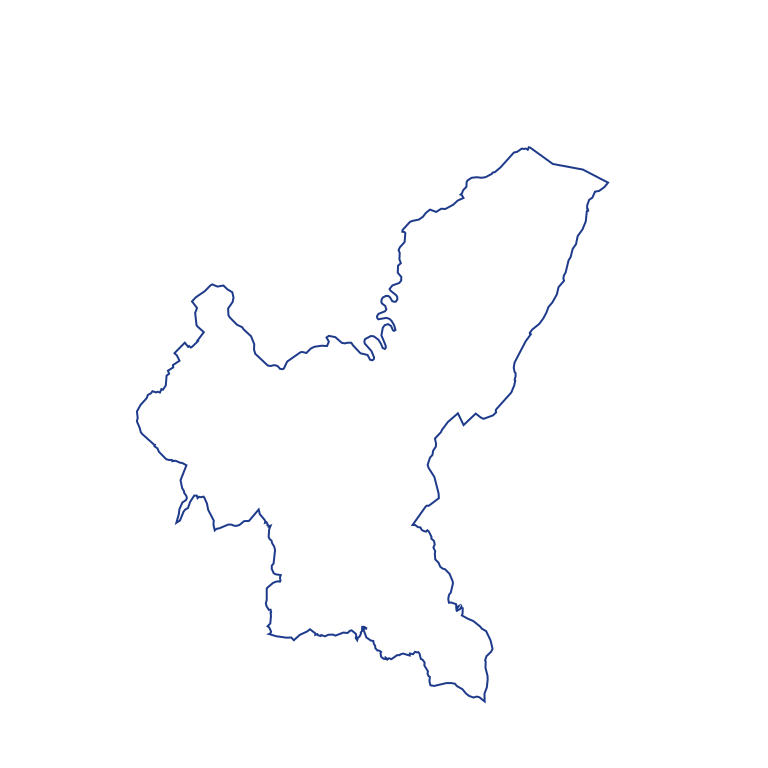 the district of Baraolt, Covasna, Romania, rotated 113°
{"feature_id": "2599482B42421662365067", "entity_name": "Baraolt", "entity_type": "district", "adm_level": 2, "iso_a3": "ROU", "parent_name": "Romania", "parent_adm1": "Covasna", "projection": "equal_earth", "projection_center": [25.601, 46.06], "detail": "fine", "context": "isolated", "style": "outline", "palette": "blue", "viewbox_px": 768, "rotation_deg": 113, "n_neighbors": 0, "source": "geoboundaries", "source_scale": "gbopen_adm2", "svg_char_len": 6166}
<svg xmlns="http://www.w3.org/2000/svg" viewBox="0 0 768 768"><g transform="rotate(113 384 384)"><path d="M592.9,520.9L589.4,518.5L579.8,518.6L577.2,517.9L574.8,516.0L568.3,516.4L560.9,515.1L559.9,512.7L561.9,511.0L560.1,510.1L559.8,508.4L558.2,506.1L558.8,505.0L563.3,500.2L568.5,496.7L576.3,487.3L580.0,486.1L584.9,482.6L582.8,481.6L581.0,479.0L574.2,472.4L573.0,469.3L573.1,466.9L572.3,464.5L570.3,462.0L564.9,459.2L562.8,454.8L548.5,450.3L552.3,447.5L555.8,440.7L556.9,439.5L558.2,439.3L557.1,438.2L558.2,436.7L559.6,436.1L559.4,435.1L560.4,434.5L558.8,433.0L562.7,432.9L569.9,430.4L571.3,428.8L572.2,426.3L574.3,424.7L576.5,421.6L579.4,419.4L592.4,415.5L595.0,416.3L597.9,415.2L601.2,411.7L601.5,409.3L600.2,404.4L602.7,404.2L605.6,402.4L606.7,402.6L606.9,404.2L608.1,406.1L610.4,408.4L617.5,412.0L618.4,411.9L628.5,407.6L632.2,407.0L634.6,405.1L636.9,401.7L636.1,400.2L638.3,398.7L638.7,399.1L641.7,397.4L648.9,395.1L652.5,396.5L652.9,394.6L656.0,391.2L657.9,391.1L659.1,392.2L658.3,384.7L655.7,374.9L653.6,370.3L655.1,366.9L647.7,363.4L641.9,358.1L638.7,356.3L640.4,349.7L641.8,349.2L640.3,347.5L641.0,346.5L640.8,343.9L639.6,343.7L639.3,339.7L636.6,337.3L634.6,333.0L634.6,330.4L628.7,324.3L627.4,320.2L624.6,319.0L623.4,317.6L625.0,312.3L627.0,310.9L628.7,310.9L630.3,308.6L627.8,308.9L625.9,307.8L622.7,307.7L621.8,308.3L620.0,307.7L616.1,309.2L615.3,307.5L615.6,304.9L616.3,304.9L616.7,306.6L617.8,307.2L624.2,301.2L625.3,295.8L624.7,293.5L627.2,291.8L628.4,289.9L630.6,288.7L631.9,285.8L631.3,284.8L631.7,282.0L633.5,281.9L636.3,279.9L637.1,276.9L636.6,275.2L635.2,275.7L635.5,274.1L636.3,273.3L634.5,272.2L634.4,269.7L628.4,265.9L627.5,263.6L626.6,263.4L624.7,261.2L623.9,254.2L622.0,254.9L621.4,251.7L618.4,250.8L618.3,249.1L617.4,247.6L618.2,246.1L622.7,242.6L622.7,240.8L624.5,237.8L627.3,236.9L631.3,231.3L633.5,230.8L635.3,229.1L635.7,227.4L640.1,225.9L643.2,223.5L642.3,219.8L634.9,209.7L633.0,205.3L632.2,201.5L633.6,198.8L634.3,192.6L636.9,187.5L637.9,183.7L637.6,179.0L635.5,176.5L635.1,173.8L636.9,167.3L629.9,170.5L623.1,170.8L615.5,173.1L612.0,174.8L605.6,179.7L599.6,182.0L598.8,183.0L594.5,183.3L588.6,180.8L585.4,180.6L578.4,185.7L571.6,193.4L571.0,198.3L569.7,200.7L567.3,209.1L567.3,215.0L566.6,221.9L564.5,222.0L559.7,223.9L559.9,224.8L558.7,225.7L561.5,226.1L564.3,228.3L563.5,229.2L559.3,228.5L561.4,230.2L558.5,231.6L558.9,236.9L560.0,238.7L557.3,240.6L554.7,241.4L552.2,241.7L550.0,241.0L540.7,242.6L538.8,243.7L533.2,249.4L530.7,255.3L531.0,257.7L530.3,260.7L527.1,264.1L525.5,268.2L520.2,271.0L518.1,271.4L515.2,274.6L511.9,274.6L509.0,276.6L507.8,280.0L506.1,280.6L502.3,285.1L501.7,286.9L503.5,287.7L503.8,290.2L503.5,292.4L501.8,294.4L502.5,296.8L501.6,300.2L502.6,302.6L480.8,297.8L479.3,297.1L478.6,295.2L467.7,288.9L463.4,291.0L449.9,301.3L444.0,309.9L441.5,312.2L433.8,312.9L430.5,311.7L426.1,312.7L421.3,311.8L418.4,312.9L414.3,315.8L406.2,312.8L403.5,312.7L393.9,310.3L382.1,304.5L390.7,294.7L375.4,288.0L377.0,281.9L377.2,278.8L370.3,271.4L366.3,269.7L364.5,270.9L363.1,270.7L342.1,263.5L334.3,263.6L329.6,264.5L329.2,265.4L325.8,265.8L322.6,267.1L321.9,268.5L318.4,270.9L313.3,272.2L289.3,270.3L280.9,268.3L281.0,269.1L280.0,269.8L275.9,268.8L268.1,264.6L261.5,263.0L255.0,262.4L248.9,262.7L243.2,260.9L233.9,259.9L226.7,261.2L218.6,258.6L217.0,260.0L213.9,260.8L210.4,260.4L198.1,262.4L194.1,261.8L186.1,263.1L180.2,261.9L172.2,263.5L164.2,261.7L155.5,261.8L146.1,264.7L145.3,264.8L144.8,263.8L143.5,264.5L143.1,265.6L140.1,266.8L134.3,267.1L131.0,265.0L124.5,264.9L122.2,261.4L116.7,258.1L111.1,256.4L108.9,284.7L115.5,314.6L109.3,341.7L109.5,343.2L112.2,343.2L111.8,345.3L113.1,347.3L113.4,349.1L118.2,352.1L120.2,354.9L139.1,361.4L145.6,364.7L146.9,366.6L148.4,366.8L154.0,371.4L156.1,374.9L157.4,379.4L160.0,384.0L164.1,386.7L165.9,386.8L170.3,385.2L174.8,386.9L177.8,386.7L179.7,387.5L179.7,386.2L181.7,383.5L186.3,387.8L191.9,390.3L198.9,395.9L200.3,399.8L205.2,403.2L205.5,409.8L210.1,412.3L214.8,413.5L219.0,416.1L223.1,422.0L224.8,423.5L235.0,427.1L236.7,426.6L236.1,424.7L236.8,423.3L245.3,420.5L251.9,422.8L255.0,422.9L257.3,420.7L263.1,418.6L266.2,415.7L269.6,417.3L276.2,414.8L278.7,409.9L282.1,408.6L285.0,409.4L290.0,414.8L294.4,416.0L295.5,414.6L297.6,407.2L298.9,405.7L300.9,404.8L303.4,405.2L304.3,406.5L304.5,408.8L301.9,412.3L301.3,414.5L302.2,416.7L304.9,418.9L307.3,419.2L309.9,418.3L310.8,416.9L311.7,413.3L314.5,411.0L316.7,411.5L321.6,416.5L324.4,416.9L325.8,416.1L326.7,414.6L322.2,407.6L321.9,404.5L322.9,401.8L325.9,397.7L329.7,394.6L331.1,395.4L331.1,396.7L327.9,400.1L327.3,403.6L329.5,406.3L332.7,407.1L340.2,405.4L348.0,397.5L349.9,396.5L351.4,396.9L351.4,399.2L348.1,402.6L345.4,406.5L344.1,412.0L345.0,414.9L350.1,419.0L352.3,418.8L354.3,417.5L358.6,408.4L363.4,403.5L365.3,403.1L366.8,404.1L367.1,406.3L363.7,410.5L364.9,417.7L360.7,427.3L358.8,430.3L360.2,433.6L361.9,435.9L362.6,438.9L359.9,447.1L361.2,453.5L363.6,455.1L366.6,451.3L371.3,451.3L373.1,456.3L376.9,462.6L379.9,465.2L385.8,467.6L386.4,471.6L387.4,473.3L401.2,481.9L408.5,482.2L409.9,482.9L410.7,485.6L409.2,488.5L409.1,490.6L409.7,492.7L411.8,495.5L412.4,498.2L406.5,514.3L403.1,517.1L398.1,519.0L392.0,525.0L388.4,535.0L387.1,536.7L386.9,542.5L383.0,551.9L381.4,554.1L375.4,557.0L367.7,555.4L363.2,556.3L358.8,559.5L358.1,565.0L356.1,570.3L359.4,575.4L359.4,580.9L360.9,582.2L368.5,585.2L377.7,591.1L383.0,593.0L387.1,585.8L392.4,585.6L403.0,579.6L403.9,578.3L406.7,570.1L417.1,572.7L417.2,572.0L424.6,575.1L425.9,576.1L425.2,578.3L426.3,578.8L423.8,583.5L437.5,588.9L438.7,585.7L442.5,581.3L449.1,585.7L451.1,584.5L456.2,588.1L458.5,585.8L461.3,587.4L470.6,584.3L475.7,585.3L475.6,586.9L479.4,586.9L479.6,589.3L480.8,590.6L481.1,594.3L483.8,595.0L486.3,597.1L489.7,596.9L498.2,599.9L505.8,600.7L511.4,597.5L514.9,596.9L519.9,591.7L523.4,589.0L524.5,587.1L529.7,571.9L529.5,571.1L531.0,571.0L531.8,567.3L534.3,564.8L538.3,555.2L537.9,551.9L536.9,550.1L536.9,548.8L537.7,548.6L536.1,545.9L536.1,540.6L535.5,539.1L536.0,534.1L552.1,533.7L558.7,529.1L560.8,526.2L562.3,525.4L564.2,522.3L566.0,520.9L568.2,520.9L571.9,523.3L579.2,523.4L584.0,522.0L592.9,520.9Z" fill="none" stroke="#1e3a8a" stroke-width="2"/></g></svg>